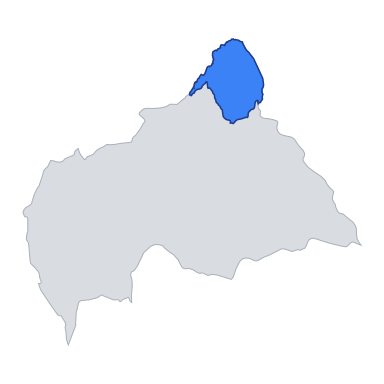 Vakaga on a map of Central African Republic (Equal Earth projection)
{"feature_id": "CAF-812", "entity_name": "Vakaga", "entity_type": "Prefecture", "adm_level": 1, "iso_a3": "CAF", "parent_name": "Central African Republic", "parent_adm1": "", "projection": "equal_earth", "projection_center": [21.98, 9.792], "detail": "fine", "context": "in_parent", "style": "filled", "palette": "blue", "viewbox_px": 384, "rotation_deg": 0, "n_neighbors": 0, "source": "natural_earth", "source_scale": "10m", "svg_char_len": 7789}
<svg xmlns="http://www.w3.org/2000/svg" viewBox="0 0 384 384"><path d="M273.3,119.7L277.1,121.0L277.8,122.6L276.8,127.7L277.5,130.9L279.7,133.7L281.9,134.8L284.0,135.5L291.3,137.1L294.3,139.0L298.3,145.1L303.3,150.6L304.6,153.5L304.3,156.1L302.9,159.3L303.1,160.7L305.4,163.9L308.1,167.2L312.9,170.9L321.3,176.6L325.2,180.4L326.5,183.3L328.6,186.5L331.7,189.4L333.7,191.6L332.3,198.0L332.7,200.0L333.5,201.8L335.2,204.3L335.9,207.5L337.7,211.5L339.8,213.3L343.2,214.0L345.1,215.8L348.9,219.0L352.6,221.8L354.1,223.6L355.1,225.3L356.0,227.3L356.4,229.3L356.5,233.5L357.1,238.9L359.1,242.5L361.0,245.2L353.4,242.1L352.3,242.0L351.0,242.5L347.1,246.4L345.8,246.8L340.9,246.0L328.9,243.0L319.7,240.1L316.9,239.1L312.0,238.1L308.7,240.0L305.7,246.8L304.8,248.2L300.0,250.2L297.8,249.6L292.2,251.5L283.7,248.7L280.6,249.2L278.2,250.6L272.1,253.7L268.3,255.5L264.0,257.1L259.9,259.5L257.1,260.8L254.4,260.8L251.9,259.4L249.2,258.3L246.0,258.0L242.7,258.7L239.8,261.4L238.7,263.4L236.2,268.5L233.3,276.8L232.2,278.5L231.2,279.4L217.8,275.2L212.0,274.3L208.1,275.5L203.2,273.2L201.1,272.8L200.1,273.5L197.3,272.5L192.9,269.6L188.7,268.4L184.9,268.8L182.5,267.9L180.7,265.1L178.3,260.0L173.9,255.0L168.1,251.0L164.4,247.9L163.0,245.9L159.8,244.8L155.0,244.5L150.4,246.5L143.7,252.8L137.5,265.8L134.1,270.7L131.3,272.0L130.6,275.1L132.0,280.0L132.3,285.7L131.4,295.4L131.7,302.5L130.2,301.3L128.8,298.0L128.2,297.4L124.1,298.9L122.0,300.2L120.9,301.5L120.0,301.7L118.7,299.9L117.7,299.6L116.1,299.9L114.4,299.9L113.4,299.7L112.7,299.8L110.8,298.7L103.7,296.0L102.5,295.1L101.1,295.2L97.5,297.6L95.6,298.2L89.8,299.7L83.6,300.4L81.2,300.5L79.6,301.5L78.5,303.0L76.5,311.9L76.0,313.5L76.1,315.7L75.6,322.9L75.8,325.2L68.3,344.9L67.1,341.6L66.3,337.8L66.1,333.4L66.2,332.2L65.7,330.9L65.1,327.3L65.7,324.9L65.2,322.5L63.8,320.1L62.5,318.3L61.7,316.6L61.1,315.9L59.7,315.7L57.7,314.8L49.5,303.2L40.9,290.2L39.2,286.0L38.5,283.6L40.6,283.3L41.1,282.8L41.2,281.7L39.9,278.4L39.3,274.1L38.2,271.5L34.9,267.6L31.7,264.5L30.6,263.0L30.1,260.8L28.9,246.7L28.4,242.7L27.4,241.0L26.6,240.2L26.4,239.2L26.5,236.7L26.9,234.5L26.9,233.6L27.8,231.6L27.8,218.7L26.8,216.9L24.9,216.8L23.9,215.0L23.0,212.6L23.3,210.9L25.2,208.2L26.4,207.2L30.1,205.2L31.1,204.1L31.8,202.8L32.2,201.1L34.3,194.4L37.5,187.8L38.9,186.4L42.1,176.6L42.9,174.1L43.4,171.6L44.5,169.6L47.9,166.3L50.6,160.5L53.4,160.8L56.3,161.8L60.1,162.2L63.0,161.1L64.9,158.8L74.0,154.9L74.7,151.8L76.1,150.2L77.8,148.8L78.4,148.6L78.5,149.6L79.5,152.8L81.5,156.0L84.5,159.6L85.4,159.3L87.3,156.7L92.0,155.0L93.2,154.3L96.6,150.4L100.6,147.9L103.0,147.0L107.1,144.4L110.0,144.8L114.6,144.4L122.4,143.1L128.0,142.7L130.9,142.2L131.6,141.7L132.7,138.0L133.5,136.9L135.6,135.3L139.8,129.7L142.5,124.9L143.3,123.2L143.9,122.9L145.1,120.9L143.9,118.8L139.3,114.6L139.4,114.0L139.1,113.3L139.4,112.7L141.1,111.0L143.5,109.0L146.0,108.3L152.7,108.5L158.3,108.1L159.6,108.1L164.0,107.2L167.0,106.2L170.1,104.2L177.1,104.4L183.0,99.3L184.6,98.3L185.4,97.5L185.6,96.7L188.3,94.7L191.4,90.5L193.8,86.6L194.5,84.0L201.1,74.8L203.4,75.0L204.5,73.9L207.1,67.8L207.9,66.7L210.6,65.6L211.9,63.8L213.0,61.2L213.0,57.8L212.5,55.2L212.5,53.9L213.2,52.7L214.2,51.5L219.2,48.3L220.5,46.7L221.3,45.3L222.7,45.0L224.2,45.1L225.2,44.3L226.2,42.8L229.7,40.8L232.9,39.2L236.3,39.9L242.4,41.9L244.2,46.2L245.1,47.7L252.7,58.0L254.1,60.4L257.9,67.9L260.2,72.9L262.8,80.1L263.1,84.1L262.7,87.4L262.2,97.0L261.6,99.7L258.2,104.9L258.1,107.2L258.8,109.1L259.8,109.9L260.4,110.9L260.1,115.3L261.2,117.1L263.7,118.2L270.0,119.0L273.3,119.7Z" fill="#d9dde1" stroke="#a8b0b8" stroke-width="1"/><path d="M242.4,41.9L242.5,42.9L246.2,50.0L248.9,52.5L253.6,58.6L257.9,67.9L262.2,77.2L262.8,78.7L263.6,84.8L263.4,86.1L263.1,87.1L262.1,89.1L261.8,90.1L261.8,90.5L262.1,91.4L262.1,91.8L262.1,92.9L262.2,93.2L262.4,93.7L262.6,93.7L262.9,94.0L262.9,94.3L262.2,97.0L262.2,97.6L262.5,98.7L262.5,99.2L262.3,99.6L261.9,99.9L260.9,101.6L260.4,102.4L260.1,102.6L259.6,102.7L258.8,102.7L258.4,102.9L258.1,103.5L257.9,102.7L257.8,101.9L258.0,101.1L258.1,100.8L258.0,100.6L257.9,100.5L257.6,100.4L257.3,100.5L256.9,100.5L256.6,100.7L256.3,100.9L256.0,101.1L255.8,101.4L255.6,101.8L255.3,102.3L255.1,103.0L254.6,106.8L254.4,107.5L254.2,107.9L253.9,108.5L253.5,108.9L253.3,109.0L253.1,109.1L252.8,109.2L251.9,109.4L251.4,109.6L250.8,110.0L249.0,111.8L248.5,112.5L248.2,113.4L248.1,115.6L248.0,116.4L247.7,117.1L247.4,117.4L247.1,117.5L246.4,117.2L246.1,117.3L241.3,118.9L238.0,119.5L236.9,119.9L235.7,120.9L235.3,121.3L233.8,123.1L233.6,123.3L233.3,123.5L233.1,123.5L232.9,123.5L232.7,123.4L231.8,123.0L231.5,122.9L231.1,123.0L230.9,123.1L230.3,123.1L230.4,121.9L230.4,121.5L230.3,121.1L230.2,120.8L229.9,120.5L229.5,120.3L227.5,119.9L226.1,119.4L225.7,119.2L223.7,117.3L223.3,116.6L223.1,115.8L222.4,111.3L222.4,110.3L222.4,110.0L222.1,109.6L220.9,108.6L220.6,108.0L220.4,107.4L220.3,106.9L220.2,106.6L220.0,106.3L219.7,106.0L218.8,105.3L218.4,104.9L217.8,103.7L217.5,103.4L217.2,103.1L216.5,102.7L216.3,102.4L216.2,102.0L215.6,99.8L215.4,99.3L215.2,98.9L215.0,98.6L214.8,98.3L214.7,97.9L214.5,95.6L214.3,94.9L214.1,94.5L213.2,93.5L212.9,93.1L212.7,92.7L212.6,92.3L212.5,91.6L212.4,91.4L210.9,89.5L210.6,89.1L210.4,88.7L210.2,88.3L209.9,88.1L209.2,88.1L208.5,88.2L208.2,88.2L207.9,88.0L207.8,87.8L207.7,87.6L207.7,87.3L207.7,86.6L207.6,86.2L207.4,85.0L207.3,84.5L207.3,84.1L207.4,83.4L207.4,83.1L207.3,82.9L207.2,82.4L207.0,82.2L206.8,82.0L206.2,81.9L205.9,82.0L205.8,82.3L205.7,82.5L205.6,82.9L205.5,83.0L205.4,83.2L205.3,83.3L205.1,83.5L204.9,83.7L204.7,83.8L204.3,84.0L204.0,84.2L203.4,84.7L202.9,85.4L202.4,86.0L202.2,86.2L202.1,86.4L202.0,86.8L201.9,87.2L201.9,87.3L201.6,87.6L201.4,87.9L201.1,88.2L201.0,88.3L200.8,88.5L199.6,89.0L199.2,89.1L198.6,89.1L198.3,89.2L197.7,89.4L197.4,89.5L196.9,89.6L196.5,89.9L195.6,90.6L195.0,91.2L194.9,91.4L194.8,91.6L194.7,91.8L194.6,92.3L194.5,92.5L194.4,92.7L194.4,92.8L194.1,93.1L193.9,93.2L193.7,93.3L193.3,93.4L192.6,93.7L192.4,93.8L192.3,94.1L192.1,94.4L192.1,94.5L191.9,94.7L191.6,95.4L191.5,95.5L191.4,95.6L191.1,95.6L190.7,95.5L190.1,95.3L189.5,94.4L189.4,94.2L189.5,94.3L189.9,93.6L189.9,92.7L190.1,92.0L190.7,91.6L190.9,91.3L191.9,89.9L192.2,89.3L192.3,89.0L192.5,88.7L193.1,88.3L193.2,88.0L193.2,87.7L193.4,87.5L193.8,87.8L193.7,87.3L193.7,87.2L193.6,86.8L193.9,86.7L194.1,86.2L194.1,85.0L194.2,84.5L194.6,83.6L194.7,82.9L194.7,82.7L194.9,82.6L195.0,82.4L195.3,82.2L195.5,82.0L195.8,82.5L196.1,82.4L196.3,82.2L196.6,81.8L196.8,81.8L197.0,81.7L197.0,81.2L197.4,79.8L197.6,79.2L199.1,78.0L199.3,77.9L199.4,77.3L199.5,76.9L200.9,74.8L201.3,74.4L201.6,74.7L202.7,75.3L203.0,75.4L203.9,74.9L204.8,73.8L205.5,72.3L206.8,68.2L207.5,67.0L208.3,66.3L208.6,66.3L208.9,66.5L209.2,66.5L209.5,66.4L209.6,66.5L210.4,66.1L210.6,66.0L211.2,65.8L211.6,65.3L211.8,64.6L212.1,63.9L212.3,63.7L212.6,63.7L212.9,63.6L213.0,63.3L212.9,63.0L212.8,62.5L212.8,62.1L212.9,61.4L213.7,59.6L213.5,59.3L213.5,59.1L213.5,58.9L213.5,58.6L213.4,58.3L212.9,57.6L212.8,57.3L212.8,56.7L212.5,55.4L212.5,54.7L212.5,54.0L212.8,53.0L212.8,52.3L213.0,51.7L213.3,51.4L213.8,51.3L214.1,51.2L214.3,51.1L214.4,50.9L214.6,50.6L214.8,50.5L215.1,50.5L215.5,50.3L215.8,50.2L216.3,50.6L216.6,50.7L216.7,50.4L216.8,50.3L217.4,49.6L218.2,48.8L218.7,48.6L220.2,48.0L220.5,47.6L220.3,46.9L220.4,46.4L220.6,45.7L220.9,45.1L221.4,44.8L223.6,45.1L224.0,45.0L224.7,45.5L225.1,44.8L225.3,43.7L226.1,42.8L226.4,42.4L226.7,42.0L227.1,42.3L227.3,42.3L227.6,42.0L228.1,41.4L228.4,41.2L228.9,40.9L229.5,40.7L230.3,40.5L230.7,40.4L231.0,40.1L231.5,39.4L231.7,39.1L232.1,39.1L232.5,39.2L232.8,39.3L233.2,39.4L233.4,39.1L234.0,39.8L234.5,39.8L235.1,39.6L235.7,39.5L235.9,39.6L236.4,39.9L236.7,40.0L237.6,40.0L237.8,40.0L238.8,40.3L239.4,41.0L241.0,41.7L242.4,41.9Z" fill="#3b82f6" stroke="#1e3a8a" stroke-width="1.5"/></svg>